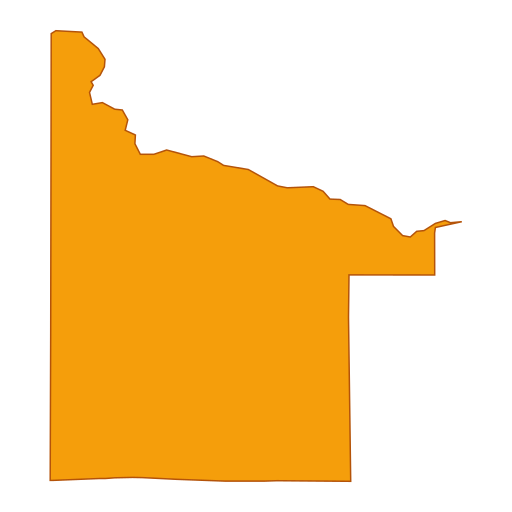 the district of Twin Falls, Idaho, United States of America
{"feature_id": "52423323B42064959468604", "entity_name": "Twin Falls", "entity_type": "district", "adm_level": 2, "iso_a3": "USA", "parent_name": "United States of America", "parent_adm1": "Idaho", "projection": "robinson", "projection_center": [-114.6, 42.456], "detail": "fine", "context": "isolated", "style": "filled", "palette": "amber", "viewbox_px": 512, "rotation_deg": 0, "n_neighbors": 0, "source": "geoboundaries", "source_scale": "gbopen_adm2", "svg_char_len": 885}
<svg xmlns="http://www.w3.org/2000/svg" viewBox="0 0 512 512"><path d="M51.2,33.6L51.1,103.6L50.7,331.5L50.2,480.4L52.7,480.4L99.5,478.5L105.4,478.5L114.7,477.8L132.5,477.4L142.3,477.6L176.3,479.3L225.0,481.1L264.7,481.1L276.9,480.7L350.7,481.3L348.5,317.2L349.0,274.9L434.7,275.0L434.6,233.0L435.4,227.5L461.8,221.7L450.5,222.7L445.1,220.5L435.4,223.4L424.0,230.6L416.7,231.3L410.3,237.0L402.6,235.6L393.5,226.4L390.9,218.8L365.0,205.6L348.2,204.4L340.2,199.5L330.0,199.1L323.1,191.3L313.3,186.7L287.3,187.8L277.5,185.9L248.3,169.5L223.6,165.4L217.8,161.7L203.8,156.0L191.7,156.7L166.6,150.0L153.9,154.3L140.3,154.3L134.9,143.7L135.4,135.0L125.2,130.3L127.8,119.8L122.3,110.0L114.7,109.2L102.4,102.6L92.3,104.3L89.5,92.4L93.2,85.3L91.1,81.7L100.0,75.3L104.4,66.8L105.0,59.3L98.3,48.6L84.1,36.9L81.9,32.1L55.9,30.7L51.2,33.6Z" fill="#f59e0b" stroke="#b45309" stroke-width="1.5"/></svg>